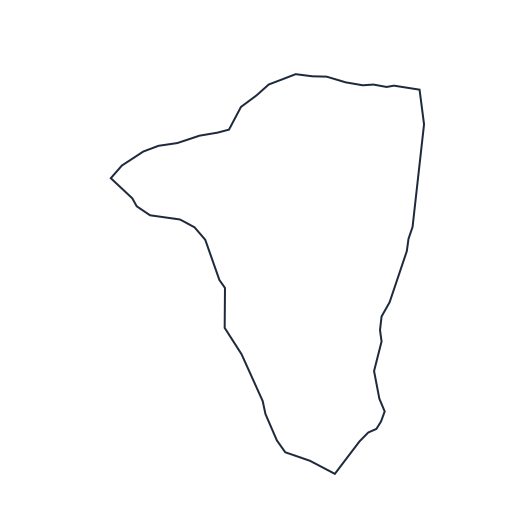 the Governorate of Al Mahwit, rotated 102°
{"feature_id": "YEM-152", "entity_name": "Al Mahwit", "entity_type": "Governorate", "adm_level": 1, "iso_a3": "YEM", "parent_name": "Yemen", "parent_adm1": "", "projection": "orthographic", "projection_center": [43.616, 15.304], "detail": "fine", "context": "isolated", "style": "outline", "palette": "slate", "viewbox_px": 512, "rotation_deg": 102, "n_neighbors": 0, "source": "natural_earth", "source_scale": "10m", "svg_char_len": 776}
<svg xmlns="http://www.w3.org/2000/svg" viewBox="0 0 512 512"><g transform="rotate(102 256 256)"><path d="M210.1,414.2L195.4,406.0L177.2,387.9L168.5,374.3L161.9,356.5L150.1,336.4L143.3,319.2L138.0,308.7L113.3,301.7L98.8,288.9L85.6,279.2L69.9,255.0L68.5,238.2L65.9,224.3L67.5,204.5L66.8,187.0L63.9,176.8L63.5,163.4L60.7,156.5L59.3,130.6L92.3,119.0L195.1,108.9L207.5,110.4L219.9,109.5L273.5,115.7L289.0,120.6L302.7,119.3L313.5,115.4L344.0,116.6L369.9,105.7L381.3,97.8L391.9,99.3L400.1,102.3L405.3,109.5L415.8,116.2L452.7,133.6L445.1,160.7L441.9,186.6L432.0,197.3L408.6,213.9L396.5,219.3L355.1,249.7L332.8,271.7L293.7,279.7L287.1,286.8L250.7,309.0L240.7,322.1L236.1,338.0L238.2,368.1L232.2,383.0L225.3,389.0L210.1,414.2Z" fill="none" stroke="#1e293b" stroke-width="2"/></g></svg>